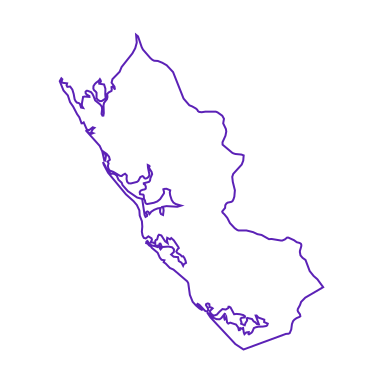 SVG path tracing the border of Ogooué-Maritime, rotated 356°
{"feature_id": "GAB-2624", "entity_name": "Ogooué-Maritime", "entity_type": "Province", "adm_level": 1, "iso_a3": "GAB", "parent_name": "Gabon", "parent_adm1": "", "projection": "albers", "projection_center": [9.53, -1.509], "detail": "fine", "context": "isolated", "style": "outline", "palette": "violet", "viewbox_px": 384, "rotation_deg": 356, "n_neighbors": 0, "source": "natural_earth", "source_scale": "10m", "svg_char_len": 6027}
<svg xmlns="http://www.w3.org/2000/svg" viewBox="0 0 384 384"><g transform="rotate(356 192 192)"><path d="M232.4,352.7L224.7,346.8L201.7,318.4L198.8,313.4L201.2,315.2L204.9,319.1L207.7,320.6L210.7,320.9L212.5,319.8L216.6,315.2L215.3,319.9L215.7,321.5L216.9,320.9L217.5,319.7L217.9,324.5L219.0,325.8L221.0,325.0L226.7,327.3L228.6,330.3L229.1,333.1L230.0,333.1L230.7,331.2L232.6,332.1L232.8,331.4L233.5,331.2L233.9,336.0L234.4,337.5L236.3,335.9L238.8,335.7L238.4,337.6L238.9,338.0L241.5,336.6L242.5,335.5L244.2,332.1L246.1,331.4L248.9,331.0L253.1,331.2L256.5,330.9L257.7,330.3L258.4,328.6L254.9,326.8L255.2,324.4L249.5,321.9L247.8,319.7L246.9,319.7L249.5,328.6L247.7,328.4L246.1,326.4L244.5,325.4L243.0,322.9L238.4,321.5L237.9,321.8L238.0,324.1L236.3,326.3L235.3,328.6L231.8,326.8L232.3,325.5L231.5,322.8L231.8,321.5L233.0,320.9L235.8,320.8L236.2,319.7L234.7,318.4L231.4,317.3L227.8,316.7L225.5,316.9L222.4,309.9L221.1,309.0L220.4,309.0L220.1,310.3L217.5,311.6L214.2,310.9L211.1,313.3L208.2,316.1L205.1,316.9L202.7,315.0L201.9,313.6L201.5,312.0L204.5,309.5L203.5,308.7L201.5,308.1L201.5,305.1L200.7,304.5L199.6,304.3L198.2,304.9L198.0,305.8L199.6,308.8L200.0,310.8L198.8,312.4L196.8,311.5L191.4,305.0L189.1,303.5L194.3,310.7L191.4,308.8L188.0,305.4L185.0,301.6L182.7,294.5L181.9,282.7L181.0,280.8L168.1,268.1L164.6,266.2L160.7,261.5L158.8,260.0L159.7,258.2L156.9,257.5L155.3,255.2L153.5,250.2L148.0,244.9L147.2,243.5L145.4,242.2L144.1,240.4L142.7,239.8L143.0,238.5L144.0,237.7L144.5,238.2L145.5,240.6L147.9,242.4L150.8,243.3L153.5,243.1L152.5,244.0L154.2,244.7L155.1,244.0L156.1,241.3L156.9,241.3L157.9,244.0L156.6,244.7L156.3,245.2L156.1,246.2L156.6,247.0L158.1,245.4L157.9,244.8L164.6,244.8L168.2,245.7L170.0,247.9L169.7,250.6L166.8,252.9L169.2,255.3L173.5,256.0L174.0,260.0L176.6,261.8L178.0,265.0L178.8,263.4L181.1,262.3L180.7,259.9L179.8,257.3L178.7,255.5L177.5,255.6L176.1,253.9L172.9,251.7L172.2,250.2L173.7,248.0L174.9,247.1L174.7,246.3L170.5,239.0L168.1,236.5L166.8,237.7L164.1,236.0L163.6,238.4L164.1,241.3L161.7,239.3L158.4,233.2L156.1,232.3L155.2,233.2L153.9,236.9L152.6,237.3L151.9,238.3L151.7,241.3L149.8,239.7L147.2,239.4L148.7,236.9L148.4,235.4L145.4,233.2L142.6,235.1L140.7,234.4L139.6,231.8L139.2,228.0L140.0,223.1L140.0,217.7L138.2,211.9L138.2,206.6L136.1,201.2L133.1,197.1L125.9,189.7L109.6,166.9L105.9,158.6L105.3,155.9L107.0,159.4L108.4,163.2L110.0,165.5L112.5,168.3L114.5,168.1L116.5,169.0L118.1,170.5L119.5,174.6L122.5,177.8L123.2,180.3L128.1,186.7L136.9,193.7L141.8,195.4L143.1,211.6L143.9,213.6L145.4,212.9L145.8,211.6L144.6,209.8L145.0,208.8L146.1,208.3L147.1,208.8L148.1,211.0L150.0,208.8L153.1,207.1L156.5,206.0L159.7,205.7L158.9,207.7L158.8,209.9L159.5,211.8L161.5,212.9L162.4,208.5L162.3,206.4L161.5,204.8L165.5,204.3L176.3,205.7L180.2,204.8L174.8,202.8L172.7,201.2L171.2,198.6L170.0,193.8L169.8,190.9L170.4,188.8L166.8,187.0L164.6,187.0L163.6,187.3L164.1,190.1L163.9,191.4L159.7,196.9L156.7,199.0L153.2,200.1L146.4,200.9L145.4,200.4L144.7,199.4L144.5,197.3L143.6,195.4L143.6,191.9L143.1,191.2L140.0,190.6L139.8,188.5L140.8,187.1L142.7,186.4L145.0,186.1L146.1,185.4L146.3,183.6L145.8,181.7L144.5,180.7L144.5,179.9L149.8,178.9L150.9,177.7L151.5,175.2L153.5,171.4L153.1,169.2L150.7,164.7L151.5,163.3L151.0,162.7L149.8,162.0L149.8,164.6L150.7,171.4L150.4,172.8L149.4,174.1L148.1,175.0L146.7,175.4L145.6,175.0L144.5,173.2L143.6,172.7L141.5,173.5L139.2,177.2L137.8,178.1L131.6,179.2L129.4,178.9L128.0,177.2L127.6,174.5L128.1,170.9L126.5,169.1L123.9,170.3L123.0,171.2L121.4,170.9L114.9,166.4L111.3,164.8L110.2,162.6L109.9,160.0L110.8,157.6L109.8,155.9L112.3,154.1L111.7,151.0L109.5,148.0L107.1,146.1L108.7,150.0L107.5,154.7L106.7,154.5L105.3,145.2L103.1,139.5L90.2,122.9L93.6,126.1L95.4,127.0L97.4,126.4L95.5,125.6L97.4,122.4L99.1,121.2L97.5,120.5L93.7,123.1L91.5,122.5L88.8,115.0L87.5,115.8L86.6,115.8L84.8,109.6L82.8,106.3L79.4,98.5L76.6,93.8L74.9,87.0L70.9,81.8L67.8,72.2L69.6,69.5L70.5,70.5L69.4,73.0L70.8,74.1L75.0,74.9L74.3,76.9L75.0,78.4L77.8,78.3L79.8,81.5L80.8,85.9L81.4,91.3L82.2,93.2L83.4,94.8L85.3,95.4L86.3,96.3L87.2,100.0L89.3,100.6L88.2,98.4L88.3,96.2L90.0,89.5L91.7,89.3L96.3,90.0L96.3,89.1L93.7,87.4L92.8,86.1L92.8,84.6L93.8,83.7L95.0,83.8L98.2,85.3L99.5,87.1L100.4,89.3L101.8,93.9L106.5,98.3L108.0,100.6L108.1,103.2L107.2,107.8L108.0,109.6L108.9,109.6L109.5,107.2L109.8,99.3L110.5,96.9L113.6,93.5L114.3,91.3L114.2,88.3L115.9,86.8L118.7,85.6L119.1,84.3L119.0,81.7L120.5,81.1L122.3,84.5L122.0,81.5L119.4,77.3L120.5,73.9L128.2,67.0L130.5,62.4L142.2,49.6L145.4,44.6L147.3,39.2L147.2,31.3L149.0,33.0L151.9,43.9L153.0,46.5L159.8,55.5L161.7,57.4L163.4,58.4L167.1,58.9L171.4,61.0L175.6,63.8L181.5,71.1L190.1,98.2L195.4,105.3L198.1,106.6L201.6,108.9L202.9,110.2L203.6,111.7L204.7,112.6L207.2,113.1L210.8,112.8L221.3,113.5L223.0,114.3L227.5,118.0L229.0,121.2L227.9,125.7L230.2,131.5L230.4,134.1L229.3,138.2L225.9,144.5L225.8,146.9L234.9,155.7L236.1,156.4L237.9,157.1L243.9,158.1L246.1,159.1L245.3,164.3L243.5,168.1L234.4,176.8L233.2,179.7L233.4,184.7L234.9,193.3L233.9,199.6L232.8,202.3L231.7,204.0L230.5,204.6L226.8,205.1L225.5,205.9L224.3,207.5L223.9,210.2L220.8,213.5L221.0,214.6L222.8,216.6L225.4,220.3L227.7,225.7L232.0,231.0L234.4,233.0L235.6,233.6L243.7,234.2L250.2,236.3L254.3,238.6L258.4,239.7L265.5,244.4L268.1,244.4L277.3,246.6L278.7,246.7L281.3,245.8L283.7,244.1L284.9,244.2L290.4,247.2L293.0,249.4L295.7,250.3L297.0,251.2L297.4,252.5L297.2,253.8L295.6,258.1L295.4,259.4L295.8,262.8L297.7,265.4L300.5,267.7L303.9,279.1L307.5,284.3L311.0,287.8L316.2,296.1L297.6,305.3L293.2,309.2L291.8,312.4L289.4,316.1L289.1,317.5L289.4,318.7L291.2,321.6L291.4,323.5L290.5,324.1L287.5,325.1L285.2,326.5L283.8,327.9L282.5,330.7L281.4,336.1L279.6,339.6L278.4,340.1L275.8,340.1L232.4,352.7ZM107.0,77.5L111.8,78.6L112.8,83.0L112.3,88.5L112.4,92.6L108.3,95.0L106.5,94.9L104.5,93.5L103.3,91.8L103.7,86.4L103.1,85.3L101.3,83.4L100.8,82.0L101.1,79.5L102.6,77.5L104.1,76.2L106.9,74.4L108.0,73.0L108.7,74.3L108.8,75.4L108.2,76.2L107.0,76.6L107.0,77.5Z" fill="none" stroke="#5b21b6" stroke-width="2"/></g></svg>